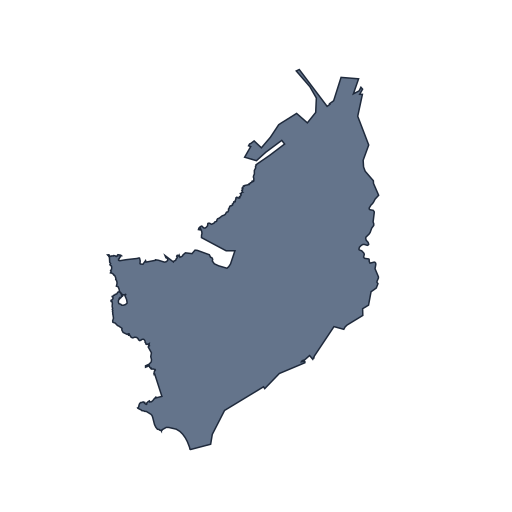 outline of Palizada, Campeche, Mexico, rotated 238°
{"feature_id": "50627088B79196396706593", "entity_name": "Palizada", "entity_type": "district", "adm_level": 2, "iso_a3": "MEX", "parent_name": "Mexico", "parent_adm1": "Campeche", "projection": "robinson", "projection_center": [-91.915, 18.262], "detail": "fine", "context": "isolated", "style": "filled", "palette": "slate", "viewbox_px": 512, "rotation_deg": 238, "n_neighbors": 0, "source": "geoboundaries", "source_scale": "gbopen_adm2", "svg_char_len": 6104}
<svg xmlns="http://www.w3.org/2000/svg" viewBox="0 0 512 512"><g transform="rotate(238 256 256)"><path d="M141.7,147.5L141.1,193.1L138.9,193.1L144.0,213.5L139.6,240.7L140.1,240.8L140.2,241.4L141.2,241.3L142.2,238.4L142.5,238.8L142.6,240.6L142.1,242.0L143.2,248.7L138.3,249.4L139.3,251.0L139.0,251.1L140.2,252.4L154.8,284.7L147.3,291.6L148.6,293.9L149.2,296.7L149.0,315.1L154.8,318.5L154.7,325.4L164.7,334.6L165.1,341.0L167.9,344.8L169.5,344.6L170.4,345.2L172.5,348.2L173.5,348.8L182.1,350.2L185.3,353.1L186.5,353.7L187.7,353.5L188.2,353.0L189.5,348.9L191.3,349.1L193.1,350.1L193.7,350.1L196.5,346.8L198.0,346.6L200.0,348.7L201.2,349.0L204.4,348.4L206.4,346.8L207.3,346.9L208.7,348.5L209.2,350.7L209.2,352.7L208.5,353.9L206.0,356.1L205.9,356.9L206.2,357.8L208.2,358.3L211.0,357.8L212.9,358.4L213.7,359.1L214.7,363.6L215.5,365.3L218.3,368.9L219.5,372.0L220.8,372.9L222.9,373.4L230.3,379.4L230.9,379.7L232.6,379.6L234.8,377.2L235.8,376.9L236.7,377.4L238.3,380.6L238.7,382.6L239.5,384.4L241.1,387.1L242.5,392.2L255.3,394.1L257.6,395.4L270.0,393.5L274.5,394.4L280.4,397.6L290.4,410.4L320.6,416.3L336.7,431.9L338.2,429.6L341.0,434.8L343.5,434.4L341.4,431.0L341.9,424.5L351.9,436.9L362.4,422.8L346.5,404.1L346.2,399.1L345.5,399.1L345.2,395.6L391.2,391.5L391.6,388.2L371.0,391.4L358.0,390.9L346.1,382.7L341.7,370.1L355.4,366.0L355.4,347.9L355.3,344.8L349.1,331.2L344.9,317.9L354.6,315.4L354.2,311.4L354.4,309.9L353.4,308.1L351.6,309.5L345.8,298.7L336.6,306.9L338.8,319.2L340.4,339.1L335.8,339.6L334.1,320.8L333.4,304.5L333.0,304.5L332.3,303.1L330.8,302.3L329.4,299.9L326.3,298.0L325.6,296.8L324.4,295.6L323.2,295.4L320.8,293.9L320.7,293.2L321.2,293.0L320.9,292.5L321.4,292.2L320.8,291.3L320.8,290.5L321.1,290.1L320.6,289.2L320.8,288.7L320.3,288.2L320.8,287.8L320.6,287.0L321.8,283.8L321.5,283.2L322.0,282.8L322.0,282.3L321.4,281.7L321.0,280.4L320.6,280.5L320.3,280.0L319.9,280.3L319.6,279.6L319.0,279.4L319.0,278.7L318.3,278.8L317.5,278.1L317.2,278.3L317.4,277.2L316.8,276.6L317.2,275.8L315.6,275.7L315.0,274.5L315.1,273.6L314.2,273.4L313.9,273.0L314.3,272.0L315.1,271.8L315.3,271.0L316.0,270.9L315.9,269.7L314.8,269.0L313.9,267.5L313.1,267.2L313.1,266.7L313.7,265.9L312.6,264.6L312.5,263.4L311.7,263.2L311.6,261.8L312.1,260.8L312.0,260.1L310.6,258.3L310.4,257.5L309.3,257.0L308.3,255.5L308.8,254.2L307.6,252.0L307.5,250.9L308.0,248.6L307.6,245.0L307.9,243.2L307.6,242.4L306.3,240.9L306.7,239.0L306.1,237.7L306.5,235.0L308.3,234.1L309.0,233.1L309.1,232.4L307.3,230.9L306.7,229.0L306.7,227.5L307.6,226.5L310.1,225.9L310.4,224.4L309.9,222.3L308.9,221.2L307.9,222.3L308.6,223.4L305.6,223.0L303.7,222.1L302.6,220.9L300.5,219.5L276.3,233.4L271.6,240.9L262.7,230.1L261.4,227.2L261.0,224.9L267.5,219.1L271.5,216.5L274.9,216.3L276.1,217.5L277.4,217.7L278.1,217.6L279.0,216.8L281.8,217.1L291.9,209.2L293.3,207.4L291.9,203.0L296.1,197.8L295.6,194.6L295.1,193.9L294.9,192.9L295.2,190.8L297.6,191.3L297.1,190.3L298.3,189.6L297.9,188.6L296.3,188.4L295.9,186.9L294.9,185.5L295.2,183.5L294.7,182.8L304.6,179.1L302.2,178.7L301.5,179.3L300.1,179.5L299.1,178.8L298.7,177.0L299.2,175.2L304.1,171.0L306.0,168.8L305.6,168.5L309.1,159.5L310.6,159.9L308.9,155.7L310.5,153.7L311.1,153.6L313.2,155.2L315.8,156.1L316.3,155.9L317.0,153.7L321.7,143.9L324.2,137.9L325.1,137.2L325.8,137.9L326.2,137.8L326.4,138.9L327.2,139.7L327.1,140.5L328.4,141.0L328.2,141.4L327.8,141.1L327.5,142.0L328.4,141.7L330.3,139.6L330.0,138.7L329.5,138.6L329.7,138.3L329.6,137.1L330.7,136.7L331.8,135.6L331.6,134.9L332.5,133.9L332.5,132.9L332.9,132.2L335.0,131.9L335.6,130.7L334.9,130.8L334.4,131.3L333.7,130.9L332.6,131.0L328.2,128.6L326.6,128.7L326.0,127.5L325.0,127.6L324.3,128.1L323.2,127.8L321.4,126.6L320.6,124.9L320.0,125.1L319.1,124.4L319.1,123.9L318.8,123.6L318.2,124.4L317.1,125.0L315.6,125.5L315.1,125.3L314.3,125.8L312.5,125.6L311.2,125.2L310.3,124.5L309.5,124.8L307.6,124.3L306.0,123.3L304.4,121.6L303.1,122.7L302.7,122.7L300.3,122.3L298.0,121.3L297.2,121.8L294.0,122.1L292.8,123.9L292.6,125.1L292.3,125.1L291.7,123.8L287.7,123.2L285.0,122.1L284.3,121.6L284.0,119.5L284.5,117.5L285.4,116.0L286.6,115.8L288.3,114.5L289.7,114.8L291.1,115.7L291.7,116.7L292.0,117.8L292.3,118.0L292.6,117.8L292.8,118.5L292.2,118.6L292.3,119.5L293.0,120.8L294.2,121.3L293.0,121.6L293.5,122.1L293.1,122.1L293.4,122.5L294.1,121.7L297.7,121.4L298.5,120.2L298.5,119.6L297.6,117.7L298.1,116.3L297.7,115.2L298.1,114.5L297.7,113.1L297.9,112.6L297.5,112.5L297.3,112.8L296.8,112.8L295.6,112.1L295.1,110.8L295.2,109.6L294.6,109.6L294.4,109.1L294.1,109.1L293.6,109.7L292.1,109.2L289.5,107.3L287.4,106.6L286.7,105.7L285.5,105.6L284.9,104.8L283.7,104.5L282.7,103.7L282.3,103.7L278.8,102.2L276.9,100.0L275.6,99.5L273.8,101.0L270.4,101.7L269.3,102.5L265.7,104.0L264.4,103.0L261.6,102.8L257.8,105.2L257.8,106.5L257.3,107.2L256.9,107.0L256.8,106.2L256.3,106.0L255.8,107.0L253.5,107.0L252.2,107.7L251.8,108.3L251.4,110.2L250.2,111.6L248.6,112.2L247.2,112.0L245.9,112.5L245.5,113.7L245.8,114.4L245.5,115.7L244.9,116.6L243.9,116.9L242.5,116.8L241.5,116.2L240.8,116.4L239.5,116.0L238.9,116.5L238.7,117.5L238.3,118.0L238.3,119.1L237.7,118.6L238.1,117.6L236.6,118.2L236.3,118.0L236.5,117.2L236.0,116.4L229.3,116.0L226.4,113.4L223.6,112.5L222.2,111.5L221.6,110.7L220.9,107.9L221.4,104.1L220.2,103.4L219.5,107.3L218.0,106.9L217.2,107.1L216.8,107.6L216.4,107.7L216.1,107.2L215.6,107.3L214.3,109.4L213.2,109.9L213.1,110.3L212.6,110.2L212.1,108.7L211.8,108.6L210.4,107.1L209.4,106.8L209.4,107.5L186.8,101.8L188.4,96.8L189.3,96.4L189.0,96.0L189.3,96.0L188.7,93.5L188.1,92.1L187.8,90.1L188.5,88.5L189.6,88.8L189.7,87.6L189.2,85.4L188.2,84.7L188.3,84.2L190.1,83.5L190.6,84.1L190.9,84.1L191.3,83.2L192.1,83.0L192.3,81.3L192.8,80.9L192.6,79.2L191.4,77.6L190.5,76.9L189.8,75.7L189.9,75.1L189.5,75.1L186.2,77.1L185.4,77.2L184.2,78.7L183.2,79.3L182.3,80.6L177.5,83.0L175.9,83.3L174.0,82.9L166.8,80.6L163.9,80.3L161.3,80.6L160.1,82.0L159.4,82.0L158.5,83.0L157.7,83.0L158.0,83.2L158.0,84.0L158.4,84.3L158.2,89.1L156.8,91.2L151.4,96.6L147.6,98.5L143.8,99.4L139.3,99.7L134.9,99.4L129.1,98.3L127.1,97.6L126.6,97.9L120.4,117.8L127.9,124.4L141.7,147.5Z" fill="#64748b" stroke="#1e293b" stroke-width="1.5"/></g></svg>